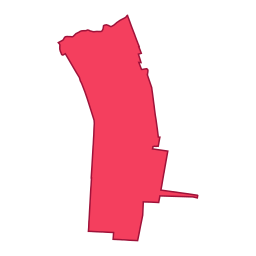 the district of Saveni, Ialomita, Romania
{"feature_id": "2599482B28938319747198", "entity_name": "Saveni", "entity_type": "district", "adm_level": 2, "iso_a3": "ROU", "parent_name": "Romania", "parent_adm1": "Ialomita", "projection": "natural_earth1", "projection_center": [27.639, 44.552], "detail": "fine", "context": "isolated", "style": "filled", "palette": "rose", "viewbox_px": 256, "rotation_deg": 0, "n_neighbors": 0, "source": "geoboundaries", "source_scale": "gbopen_adm2", "svg_char_len": 3322}
<svg xmlns="http://www.w3.org/2000/svg" viewBox="0 0 256 256"><path d="M88.4,231.3L88.6,231.3L89.1,231.3L89.4,231.3L89.8,231.3L90.4,231.4L90.5,231.4L90.9,231.4L91.2,231.4L91.3,231.4L92.6,231.5L96.4,231.7L98.8,231.8L101.0,231.9L102.5,231.9L103.7,232.0L107.0,232.2L111.1,232.4L113.6,232.5L113.4,234.9L113.4,235.6L113.2,238.0L113.1,239.3L115.3,239.4L117.4,239.5L117.6,239.5L119.7,239.6L121.4,239.7L122.2,239.8L124.0,239.8L126.7,240.0L129.2,240.2L133.4,240.4L137.6,240.6L138.3,237.3L139.0,233.9L140.5,226.1L141.8,219.8L142.6,215.7L142.7,215.2L143.0,208.5L143.3,201.9L151.0,202.1L158.7,202.5L159.3,199.2L159.9,195.9L170.1,196.2L180.3,196.5L186.6,196.7L192.9,196.9L195.1,197.4L197.3,197.9L197.5,196.7L197.7,195.5L197.5,195.4L197.3,195.4L197.2,195.3L197.2,195.2L193.7,194.7L189.1,194.0L181.0,192.9L180.9,192.9L170.9,191.5L160.9,190.1L161.8,185.3L162.6,180.5L163.5,175.3L163.7,174.0L164.1,172.1L164.4,170.3L164.4,170.2L165.4,164.6L166.4,159.0L167.8,151.1L152.5,148.9L153.0,146.8L153.0,146.6L154.7,146.2L154.9,146.3L156.4,146.4L156.8,146.2L158.2,146.3L158.3,145.9L159.8,137.5L159.9,137.2L158.9,137.1L158.3,137.0L157.3,128.9L157.0,126.8L156.0,119.5L155.3,115.3L154.5,109.2L154.1,105.7L153.6,102.2L153.3,99.7L152.5,93.5L151.9,89.3L151.7,87.6L149.1,80.0L147.4,75.0L147.3,74.8L147.3,74.6L147.5,74.4L147.5,73.8L147.7,72.9L147.9,71.0L147.9,70.0L147.4,69.5L146.8,68.7L144.1,69.1L142.6,69.4L141.5,69.4L138.8,62.4L141.0,62.6L139.7,58.3L138.4,54.1L141.3,53.3L140.1,50.0L139.4,48.3L138.8,46.8L139.2,46.7L138.5,44.8L137.8,43.2L137.3,41.7L136.7,40.3L136.2,38.9L135.5,37.1L134.9,35.4L134.4,34.0L133.4,31.5L131.2,25.7L128.8,19.0L128.5,18.3L128.0,17.0L127.5,15.4L127.2,15.5L126.8,15.9L126.1,16.9L125.1,17.7L123.4,18.6L121.2,19.7L119.3,20.8L118.7,21.3L117.8,21.9L116.6,22.7L115.7,23.6L114.8,24.3L113.6,25.3L112.6,25.8L111.6,26.4L111.2,26.5L110.6,26.5L109.2,25.9L108.8,25.6L108.3,25.4L107.9,25.3L107.1,25.0L106.4,24.8L104.4,25.2L103.7,25.6L103.5,25.8L103.4,26.7L103.2,28.1L103.0,29.0L102.7,29.7L102.3,30.4L101.8,31.1L101.3,31.4L100.8,31.5L98.9,31.5L98.0,31.5L97.2,31.4L96.0,31.5L94.3,31.7L93.3,31.7L92.3,31.5L91.7,31.3L91.4,31.2L90.9,31.1L90.2,31.0L89.6,30.6L88.8,30.3L88.2,30.1L87.6,30.0L87.2,30.1L86.2,30.6L85.3,30.7L84.4,30.7L83.5,30.7L82.4,30.8L81.5,30.9L80.9,31.1L80.3,31.3L79.7,31.7L78.7,32.3L78.0,32.6L77.5,32.9L76.9,33.2L76.6,33.3L76.2,33.5L75.9,33.7L75.4,34.2L74.9,34.7L74.4,35.2L73.9,35.7L73.3,36.3L73.1,36.5L72.7,36.6L72.2,36.8L71.4,36.7L70.0,36.6L68.4,36.6L67.2,36.5L66.3,36.6L65.7,36.7L65.2,36.9L64.8,37.2L64.5,37.6L64.1,38.2L63.7,39.0L63.3,39.6L63.0,40.0L62.4,40.4L61.3,41.0L58.3,42.6L58.7,43.1L59.2,43.6L59.6,44.2L59.8,44.7L59.9,45.7L59.8,46.4L59.8,46.9L59.8,47.8L59.8,48.8L59.9,49.6L60.0,50.0L60.3,51.2L60.4,51.4L61.0,52.8L61.4,53.9L61.6,54.4L61.9,54.7L62.2,54.9L62.5,55.0L62.9,55.0L63.1,54.9L63.5,54.8L65.1,53.8L65.3,53.7L68.2,58.6L76.5,72.8L76.7,73.1L79.5,77.7L79.5,77.9L80.2,80.4L80.4,81.0L80.6,81.4L81.3,82.7L82.0,84.3L84.9,91.8L87.2,98.5L90.2,107.9L94.1,120.3L94.3,123.3L94.3,123.7L94.0,128.8L93.8,134.8L93.7,136.4L93.6,137.8L93.5,139.7L93.3,144.1L93.1,146.3L91.9,167.2L91.2,177.9L91.5,177.9L91.1,185.0L90.8,188.7L90.5,194.3L90.1,201.7L89.9,205.2L89.7,208.6L89.5,212.1L89.4,214.2L89.2,218.1L89.1,219.5L89.0,220.7L88.9,221.9L88.9,222.2L88.8,224.8L88.7,227.7L88.4,231.3Z" fill="#f43f5e" stroke="#9f1239" stroke-width="1.5"/></svg>